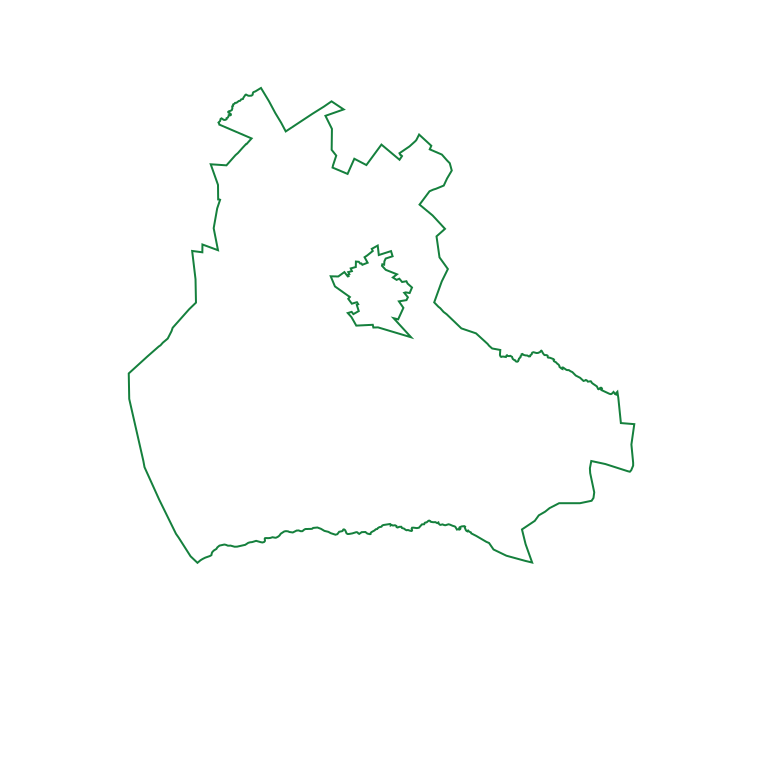 Gweru, Midlands, Zimbabwe, rotated 295°
{"feature_id": "62879985B38074336306054", "entity_name": "Gweru", "entity_type": "district", "adm_level": 2, "iso_a3": "ZWE", "parent_name": "Zimbabwe", "parent_adm1": "Midlands", "projection": "equal_earth", "projection_center": [29.6, -19.532], "detail": "fine", "context": "isolated", "style": "outline", "palette": "green", "viewbox_px": 768, "rotation_deg": 295, "n_neighbors": 0, "source": "geoboundaries", "source_scale": "gbopen_adm2", "svg_char_len": 6131}
<svg xmlns="http://www.w3.org/2000/svg" viewBox="0 0 768 768"><g transform="rotate(295 384 384)"><path d="M204.7,353.7L208.2,355.9L209.2,357.3L209.9,359.3L209.9,360.8L210.9,364.1L214.3,366.8L215.2,368.6L215.4,370.8L216.2,372.3L217.9,373.0L219.3,374.0L222.0,379.4L222.6,380.2L223.6,380.6L225.8,384.3L226.1,388.1L225.7,392.1L226.5,396.1L226.3,398.7L226.9,403.7L228.2,405.2L231.1,405.8L232.9,408.2L233.5,408.6L234.8,408.6L235.3,409.1L235.3,409.8L235.0,410.7L232.8,413.2L232.7,414.5L233.1,415.4L235.2,418.4L238.0,421.5L238.3,422.6L237.7,424.1L237.7,424.9L240.3,426.4L242.0,429.7L241.4,432.1L241.9,434.5L242.3,435.2L243.4,434.9L244.4,435.2L247.3,437.3L248.8,437.9L249.7,439.1L250.7,439.3L252.3,440.3L253.6,442.0L254.9,442.2L255.9,443.0L259.7,448.7L259.5,449.3L258.6,449.8L259.5,450.5L259.5,451.9L260.6,453.6L260.6,455.2L259.7,455.8L259.6,456.7L260.0,457.3L261.0,458.2L261.9,460.1L261.1,461.1L261.4,463.4L261.0,465.0L261.0,466.3L261.8,467.4L262.0,469.4L262.4,471.0L262.8,471.3L263.3,471.3L264.6,470.2L265.6,470.2L266.2,471.3L267.3,474.7L268.5,476.4L272.8,477.7L273.9,479.7L275.2,479.6L275.8,479.9L276.6,481.1L278.8,482.1L279.3,482.7L279.3,483.9L278.9,484.3L279.0,485.2L279.6,487.2L280.5,488.9L280.4,491.0L281.5,491.8L280.7,492.5L280.3,493.4L280.1,494.0L280.2,494.7L281.5,496.4L281.6,498.3L282.0,499.4L284.1,501.7L284.4,503.0L284.5,506.1L284.8,508.2L284.7,509.0L282.9,511.6L283.4,512.1L284.0,514.0L284.8,514.4L285.3,514.3L285.4,513.1L286.1,513.1L287.7,514.5L289.1,516.8L289.0,517.8L288.0,517.9L286.2,519.9L285.7,520.9L285.7,521.8L286.4,521.8L286.8,522.2L286.2,523.4L286.2,525.5L285.5,526.2L285.3,531.8L284.2,543.5L284.3,546.4L280.3,553.2L280.1,567.5L283.4,586.8L284.8,593.7L298.7,580.0L310.5,570.5L323.7,578.5L330.4,579.8L336.4,584.0L341.5,586.5L350.0,593.1L358.8,612.0L365.9,621.5L369.3,622.0L374.7,620.3L390.4,608.5L394.7,606.2L401.8,604.4L405.0,618.4L408.0,641.9L408.4,643.9L410.3,644.5L415.3,644.3L417.9,643.1L433.7,633.8L453.4,627.8L448.7,615.2L470.5,602.2L475.6,598.8L474.1,598.3L472.6,599.0L472.5,597.7L473.8,595.4L471.3,594.5L470.7,593.9L470.4,592.5L470.4,583.5L470.6,583.2L470.9,583.2L471.8,583.6L472.2,583.2L472.4,582.5L472.2,582.0L471.6,581.5L470.6,581.3L469.9,580.6L469.9,580.3L471.8,577.9L472.6,573.0L473.0,571.6L473.8,570.7L473.8,570.1L472.3,567.8L473.0,566.1L472.9,565.2L472.3,564.9L471.1,563.5L472.5,559.1L472.7,554.2L474.4,549.7L474.4,547.6L474.7,545.6L474.2,544.6L473.9,543.4L474.6,539.4L474.4,538.9L473.0,539.4L473.0,538.4L473.7,535.8L474.7,535.1L475.3,534.1L475.8,531.9L476.3,531.0L476.5,528.4L477.0,527.8L477.8,527.9L478.2,527.1L477.9,523.2L477.3,521.6L477.5,521.1L478.8,520.3L478.9,519.2L478.1,517.3L478.3,516.4L479.5,514.4L480.5,513.2L480.7,512.5L480.5,512.3L478.9,511.9L477.2,510.4L476.5,509.0L476.0,506.1L475.2,505.2L474.3,505.0L473.3,505.3L471.7,504.4L470.9,504.7L470.2,503.7L470.4,501.9L469.7,500.1L469.4,498.5L469.7,496.7L469.1,496.1L468.0,496.5L466.7,496.0L465.9,496.4L464.0,495.6L462.9,495.9L462.6,495.7L461.3,495.9L460.5,495.3L460.2,494.3L460.6,493.1L460.9,492.9L460.8,491.7L461.2,490.0L462.7,488.6L462.9,486.5L462.2,485.7L461.6,484.0L462.0,483.3L461.5,483.0L460.0,483.1L459.3,480.6L458.7,479.4L458.1,478.8L458.2,478.0L459.3,476.8L464.0,475.0L461.9,467.0L463.1,463.0L464.1,461.0L468.8,446.0L467.1,430.6L473.7,411.3L474.5,407.5L476.5,402.9L477.0,400.7L479.2,395.0L501.3,393.0L515.2,393.3L522.2,380.8L540.0,369.2L550.4,373.7L557.3,356.8L561.6,340.4L577.9,343.8L581.0,346.5L582.9,348.6L589.1,354.3L596.9,354.3L606.1,355.2L611.9,350.3L613.2,346.8L616.4,339.5L616.0,326.3L619.9,326.2L624.9,310.4L618.8,310.2L617.4,309.8L610.1,306.7L599.7,300.5L598.4,302.3L598.6,303.0L598.2,304.0L593.8,303.3L599.9,280.5L575.0,275.5L575.6,261.9L559.0,262.2L558.4,245.9L560.6,245.4L570.8,244.2L574.1,237.6L593.2,229.0L602.3,217.6L615.8,231.4L618.0,217.0L610.0,212.3L598.9,205.1L571.4,188.2L577.3,180.4L583.6,171.0L591.7,160.2L600.3,147.4L594.9,143.8L593.3,142.3L592.2,142.2L590.7,142.7L589.4,142.1L588.1,139.8L587.9,138.7L588.0,136.6L587.5,136.2L584.1,135.6L582.7,135.7L581.6,134.3L579.9,133.9L579.1,132.8L576.6,131.5L575.8,130.2L575.0,130.1L573.6,129.1L572.3,129.7L571.5,129.1L569.7,130.1L568.0,130.3L566.9,129.6L565.4,128.0L564.7,127.8L564.3,128.2L564.1,130.4L563.8,131.2L563.2,131.5L562.7,131.3L562.6,130.1L562.0,129.6L561.3,130.0L559.4,129.8L558.4,129.0L557.4,129.4L556.4,128.6L555.8,127.6L555.7,126.9L556.1,124.5L555.2,123.9L553.1,124.3L551.0,123.5L550.0,124.9L549.5,125.1L550.6,160.2L543.3,158.0L543.2,157.6L538.3,156.0L531.6,154.0L528.7,152.7L515.6,148.8L509.9,134.1L494.3,149.4L481.2,155.7L481.7,156.9L481.7,157.6L472.7,158.6L453.2,163.8L435.1,177.0L433.7,160.5L426.6,163.7L423.5,153.9L399.3,168.9L378.3,179.2L369.4,175.8L345.6,168.7L342.1,169.1L333.8,168.8L328.0,166.1L324.6,165.1L322.8,164.0L308.9,157.9L285.7,148.2L262.8,159.4L212.6,198.4L207.4,202.1L184.3,229.0L160.3,258.8L158.0,262.8L146.1,281.5L143.1,290.5L146.7,292.2L148.7,293.5L151.1,295.4L154.4,298.8L155.9,299.9L158.1,299.4L159.4,299.5L161.3,300.2L163.7,301.8L165.5,302.0L168.0,303.2L171.0,307.1L171.4,308.6L171.5,310.8L172.7,313.3L173.4,317.4L174.5,319.6L179.6,326.2L182.7,328.1L183.9,329.5L185.0,331.3L187.8,334.4L188.6,339.3L189.0,340.8L190.0,342.0L191.0,342.4L191.8,342.3L193.3,341.3L193.9,341.3L194.5,342.1L195.4,344.3L196.5,346.1L198.0,347.7L198.7,350.4L199.1,351.1L200.5,352.3L202.4,353.3L204.7,353.7ZM459.1,290.2L462.1,297.1L468.7,300.8L466.2,305.7L466.7,306.3L467.8,305.3L468.8,306.2L470.3,304.3L472.7,307.2L474.7,305.0L478.1,309.0L483.1,306.8L484.1,309.5L483.1,311.6L483.7,312.6L482.9,314.0L487.0,317.9L490.7,312.8L493.3,314.4L499.8,317.6L501.3,315.8L506.8,319.8L498.7,324.8L507.4,334.2L503.4,337.8L498.4,332.5L495.4,332.5L492.2,333.7L491.8,331.9L490.3,332.2L488.2,337.3L488.9,349.4L484.3,347.0L483.7,351.4L485.9,353.4L484.1,357.3L486.6,360.9L485.0,362.9L483.3,368.6L477.3,368.8L476.2,364.9L475.2,363.8L472.7,369.0L469.5,368.9L465.2,362.6L461.2,369.4L448.6,369.5L447.7,364.9L437.8,388.8L432.8,354.7L430.7,350.5L432.9,348.8L425.2,334.2L430.9,326.2L433.0,321.2L435.7,324.2L434.4,326.7L439.4,330.3L444.2,325.9L445.4,326.9L446.7,324.9L443.2,320.9L446.1,315.6L448.4,316.3L451.7,298.3L459.1,290.2Z" fill="none" stroke="#15803d" stroke-width="2"/></g></svg>